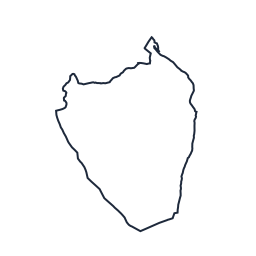 Al-Balyana, Suhaj, Egypt (Mercator projection), rotated 19°
{"feature_id": "37247803B40738105773266", "entity_name": "Al-Balyana", "entity_type": "district", "adm_level": 2, "iso_a3": "EGY", "parent_name": "Egypt", "parent_adm1": "Suhaj", "projection": "mercator", "projection_center": [31.948, 26.241], "detail": "fine", "context": "isolated", "style": "outline", "palette": "slate", "viewbox_px": 256, "rotation_deg": 19, "n_neighbors": 0, "source": "geoboundaries", "source_scale": "gbopen_adm2", "svg_char_len": 3445}
<svg xmlns="http://www.w3.org/2000/svg" viewBox="0 0 256 256"><g transform="rotate(19 128 128)"><path d="M202.4,191.9L202.1,190.8L201.6,189.2L201.1,186.4L200.5,184.2L200.3,181.6L199.9,177.1L199.8,174.8L199.1,172.8L198.0,170.1L197.9,168.4L197.4,167.1L196.5,165.4L196.4,164.1L196.3,163.1L195.7,161.2L195.7,159.9L195.5,158.7L195.3,157.9L194.3,156.4L194.3,155.0L194.3,153.6L194.4,152.9L194.0,149.7L194.0,147.7L194.2,146.3L194.2,145.8L194.2,145.7L194.1,144.8L194.3,142.4L194.5,140.5L194.4,138.2L194.3,137.0L195.1,135.8L195.2,134.3L195.7,131.9L195.8,130.1L196.0,128.6L195.5,126.3L194.9,125.0L194.6,123.9L193.9,121.8L193.7,119.2L193.6,117.8L193.5,115.8L192.7,113.8L192.6,112.3L191.8,108.9L191.1,107.0L190.1,104.2L189.5,102.1L189.0,100.8L188.4,99.9L188.3,98.5L188.7,96.5L188.6,95.0L187.9,94.1L187.8,92.7L187.7,92.3L187.6,91.3L187.5,90.4L186.6,90.5L185.8,90.1L185.4,89.3L184.7,88.4L183.7,87.7L182.5,86.9L180.9,85.7L179.6,84.9L178.6,84.0L178.1,83.3L177.6,82.0L177.5,80.7L177.5,78.6L177.4,76.9L177.9,73.3L178.1,71.6L178.0,70.8L177.2,69.2L176.6,67.6L176.0,66.1L175.9,66.0L174.8,64.6L173.3,63.7L171.8,62.6L169.5,61.4L168.4,60.5L167.9,59.1L167.3,58.6L164.7,57.2L163.2,56.8L161.8,56.8L159.9,56.5L159.9,56.4L157.6,55.4L154.9,54.5L151.0,52.1L149.1,51.0L148.9,51.0L147.5,50.7L146.5,50.5L145.4,50.1L144.5,49.7L142.5,49.2L140.8,48.8L138.5,48.4L137.2,48.5L134.9,48.2L131.0,46.2L129.4,45.2L128.3,44.4L127.8,44.3L127.0,43.9L126.3,42.8L126.0,42.2L126.0,41.7L125.9,41.4L126.5,42.1L127.2,43.0L128.5,43.7L130.3,44.7L131.5,45.5L132.1,45.2L131.1,44.3L130.7,43.5L130.5,42.5L129.7,40.9L128.6,39.6L127.8,38.6L126.7,38.6L125.2,38.4L125.0,37.8L125.0,37.7L124.3,36.5L123.0,35.8L121.5,34.7L120.8,34.5L119.3,39.7L118.4,44.0L118.0,45.8L117.7,47.0L118.3,47.5L125.2,50.0L125.5,52.8L125.7,54.5L126.7,56.6L127.2,57.2L127.2,57.7L127.7,59.8L126.6,60.3L125.0,61.4L121.8,61.8L119.1,62.3L117.5,62.8L116.5,63.3L117.0,63.9L116.5,64.4L115.2,67.2L114.8,68.1L114.2,69.1L113.0,69.7L112.1,70.2L111.0,70.7L110.5,70.7L108.9,71.2L107.3,72.2L106.8,72.7L105.7,74.8L105.5,75.3L105.1,76.9L103.4,79.0L102.9,81.1L100.2,83.7L99.1,84.3L97.5,85.8L96.9,87.4L95.8,90.0L95.8,90.6L92.0,93.1L89.9,93.6L89.4,93.9L87.8,94.7L87.2,94.6L84.0,95.6L82.5,95.6L81.9,96.1L80.3,96.1L79.3,96.6L77.7,97.6L76.6,98.2L73.4,100.2L71.8,101.2L69.7,101.2L69.3,101.3L67.5,101.7L67.0,101.7L66.5,101.7L66.0,101.1L65.0,99.5L63.9,98.4L62.9,97.3L61.9,96.3L60.8,95.7L59.8,94.6L58.7,94.6L57.9,95.0L57.1,96.7L56.5,97.8L57.0,99.4L57.5,101.5L57.0,103.1L56.9,103.6L56.4,104.7L55.3,105.7L54.7,107.8L53.6,109.9L53.6,111.0L53.6,112.0L54.6,113.7L55.7,113.7L56.7,113.7L57.8,114.3L58.3,114.8L58.2,115.9L58.7,118.0L57.6,120.1L57.6,120.6L58.6,122.8L59.7,122.8L61.2,123.9L61.7,124.4L62.1,125.6L62.2,126.0L62.2,128.7L61.6,129.7L60.0,131.3L57.8,132.9L56.2,133.9L54.4,135.1L56.1,139.0L57.6,141.2L59.7,143.9L62.2,146.6L64.3,149.3L66.4,150.9L67.2,151.8L67.9,152.5L68.9,153.6L72.0,156.3L73.6,158.0L75.7,160.3L76.7,161.2L81.3,164.5L85.0,166.2L88.1,167.8L90.6,173.2L93.8,175.4L95.4,176.1L97.4,177.6L99.5,179.2L101.5,181.4L103.1,183.5L106.1,188.4L110.8,190.6L116.0,192.8L120.4,194.7L121.2,195.1L122.8,196.7L128.5,202.1L132.6,203.8L139.4,206.6L141.5,207.7L145.7,209.4L146.7,209.9L149.3,211.1L151.5,212.3L154.0,213.8L155.0,214.9L157.6,217.6L160.2,219.2L162.3,219.8L163.4,219.8L173.3,221.5L177.8,217.4L188.5,207.5L194.9,202.4L195.4,201.9L196.7,201.0L198.7,199.5L199.6,198.8L199.6,196.1L199.6,193.5L202.4,191.9Z" fill="none" stroke="#1e293b" stroke-width="2"/></g></svg>